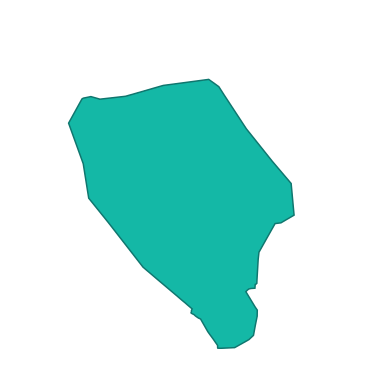 Santa María Camotlán, Oaxaca, Mexico, rotated 224°
{"feature_id": "50627088B71513516821399", "entity_name": "Santa María Camotlán", "entity_type": "district", "adm_level": 2, "iso_a3": "MEX", "parent_name": "Mexico", "parent_adm1": "Oaxaca", "projection": "mercator", "projection_center": [-97.677, 17.867], "detail": "fine", "context": "isolated", "style": "filled", "palette": "teal", "viewbox_px": 384, "rotation_deg": 224, "n_neighbors": 0, "source": "geoboundaries", "source_scale": "gbopen_adm2", "svg_char_len": 1002}
<svg xmlns="http://www.w3.org/2000/svg" viewBox="0 0 384 384"><g transform="rotate(224 192 192)"><path d="M262.0,115.8L230.9,111.9L174.9,103.9L156.0,105.1L132.0,106.7L123.5,107.2L119.8,107.5L117.3,107.6L110.7,108.0L110.1,106.4L109.1,105.3L109.0,104.7L108.7,104.4L108.4,104.3L108.0,104.4L104.9,105.3L104.3,105.2L103.6,105.2L102.1,105.4L99.8,105.8L97.6,106.6L83.6,102.5L80.4,101.9L75.0,101.0L67.0,99.4L65.3,97.7L64.9,97.6L62.6,99.7L53.2,109.7L48.5,125.4L48.2,131.6L49.0,132.8L54.1,140.5L58.9,148.0L60.5,149.7L63.0,152.4L66.5,153.1L84.0,157.7L84.0,160.1L83.7,161.8L82.6,163.5L79.9,166.5L82.3,169.4L82.0,169.9L82.0,170.6L81.9,171.3L84.2,173.9L97.5,189.4L102.0,195.2L105.7,209.3L110.3,227.0L106.6,231.6L105.1,237.0L102.5,246.3L103.6,247.2L126.6,267.0L155.9,269.9L196.8,275.2L236.7,284.2L245.9,286.4L258.2,284.6L286.7,248.7L306.3,214.7L311.9,207.9L322.9,194.6L323.0,194.7L331.0,190.4L335.4,184.0L335.8,182.5L328.6,155.8L289.9,136.8L262.0,115.8Z" fill="#14b8a6" stroke="#0f766e" stroke-width="1.5"/></g></svg>